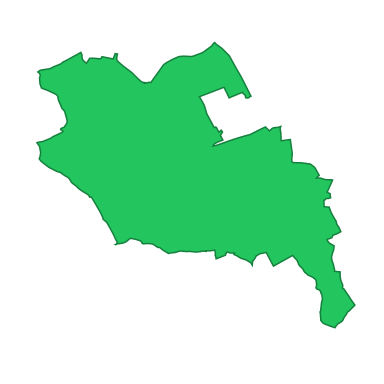 Viisoara, Bihor, Romania (Robinson projection), rotated 353°
{"feature_id": "2599482B21009724792722", "entity_name": "Viisoara", "entity_type": "district", "adm_level": 2, "iso_a3": "ROU", "parent_name": "Romania", "parent_adm1": "Bihor", "projection": "robinson", "projection_center": [22.454, 47.387], "detail": "fine", "context": "isolated", "style": "filled", "palette": "green", "viewbox_px": 384, "rotation_deg": 353, "n_neighbors": 0, "source": "geoboundaries", "source_scale": "gbopen_adm2", "svg_char_len": 5953}
<svg xmlns="http://www.w3.org/2000/svg" viewBox="0 0 384 384"><g transform="rotate(353 192 192)"><path d="M339.9,324.1L336.4,317.7L335.2,314.9L333.4,311.5L331.4,307.6L330.9,306.6L329.6,305.8L330.3,303.0L329.5,299.9L329.0,298.2L328.8,295.3L328.8,293.5L329.3,289.3L327.3,288.9L323.9,288.1L324.0,286.0L323.3,280.0L322.6,277.4L322.5,273.5L324.2,269.4L325.5,266.8L326.5,262.7L324.8,261.5L323.0,260.2L322.5,259.8L321.5,258.6L320.9,257.6L320.5,256.6L320.2,256.0L320.5,255.3L322.8,255.1L325.2,254.4L326.6,252.1L329.9,251.4L332.5,250.5L334.9,249.5L333.5,244.9L332.6,243.2L331.8,241.8L331.6,240.0L331.5,238.5L330.2,235.8L328.8,232.5L327.7,229.6L326.2,223.6L324.6,223.4L322.7,223.0L321.3,222.6L321.9,216.3L323.0,216.1L323.6,215.4L324.1,214.9L324.8,214.9L326.6,215.1L328.9,214.6L328.8,212.2L328.9,210.5L326.1,208.7L333.0,197.3L331.9,196.8L329.7,196.6L327.1,196.2L325.2,195.7L321.4,193.9L317.2,193.3L318.7,192.0L320.3,191.0L318.1,185.7L316.8,182.5L312.9,178.7L304.4,176.4L299.6,175.7L295.5,175.1L294.8,173.6L295.1,171.1L296.2,166.4L296.0,151.9L286.7,152.0L286.7,151.1L286.9,150.0L287.0,149.5L287.1,148.8L287.1,148.0L287.1,147.2L287.1,146.7L287.2,146.0L287.3,145.6L287.4,144.9L287.4,144.2L287.3,143.2L287.2,142.5L287.2,140.8L287.3,139.8L287.6,138.8L287.7,138.5L287.9,138.2L288.1,137.8L284.9,138.4L283.9,138.3L282.9,138.2L282.1,138.2L281.1,138.2L280.4,138.3L279.6,138.6L278.9,138.9L277.9,139.7L276.3,140.8L273.6,137.4L272.9,136.4L271.5,136.8L268.9,137.7L266.5,138.5L264.2,139.3L262.2,140.1L260.7,140.6L259.0,141.2L257.2,141.9L255.7,142.2L253.3,142.5L251.2,142.8L245.9,143.7L243.6,144.1L242.0,144.4L240.0,144.8L235.9,145.6L233.7,146.1L231.1,146.7L229.1,147.1L227.6,147.4L226.1,147.8L224.5,148.1L221.8,148.7L220.7,148.8L220.1,148.8L219.5,148.9L218.9,149.0L218.4,149.0L219.3,147.8L220.4,146.8L223.5,145.6L229.0,144.2L227.9,141.4L227.1,139.2L228.3,137.8L229.6,136.3L229.4,135.9L229.0,135.3L228.8,134.7L228.7,134.3L228.2,134.4L227.4,135.1L226.4,135.8L226.1,135.9L224.7,132.7L224.1,130.9L223.7,130.6L223.2,130.4L221.9,130.8L219.0,123.3L216.2,116.2L215.6,112.4L215.1,109.1L214.5,106.8L213.5,104.2L212.7,102.3L211.0,98.3L223.5,95.2L236.4,92.0L237.0,93.0L237.2,93.9L237.3,94.4L237.8,95.7L238.8,98.4L239.6,100.8L240.3,103.1L245.9,101.5L254.2,99.2L254.3,99.6L254.7,100.5L255.5,101.2L256.1,101.8L256.5,102.7L256.7,103.8L256.8,105.0L257.3,105.3L258.3,105.4L259.5,105.4L260.1,105.3L260.5,104.9L261.0,104.3L262.2,104.1L255.0,84.0L251.7,76.4L245.6,61.3L240.4,54.6L238.7,52.6L235.7,49.8L234.2,48.5L233.3,47.2L232.7,46.4L231.7,47.0L230.4,48.2L229.8,49.2L228.0,50.2L221.5,53.9L219.3,55.0L211.8,56.8L208.5,57.5L207.3,57.4L203.0,56.6L199.8,56.1L197.8,56.1L196.2,55.9L193.2,56.6L188.5,58.1L182.5,60.5L179.4,62.1L174.3,67.7L164.4,78.4L163.5,78.0L162.0,77.9L160.0,78.1L158.1,78.5L157.9,78.5L158.0,78.1L158.3,77.6L157.0,77.3L156.1,76.9L155.3,76.4L154.4,75.5L153.5,74.4L152.2,73.1L150.7,71.0L149.4,69.5L148.2,67.9L146.9,66.2L142.7,62.1L138.7,58.2L134.8,53.9L133.6,52.2L133.4,50.6L134.8,45.9L133.9,45.7L132.6,45.3L131.9,46.8L129.9,50.3L124.7,48.6L119.2,46.7L117.6,48.7L110.3,47.2L106.8,46.8L103.0,51.3L102.4,51.0L101.0,49.2L100.0,48.0L99.5,46.9L99.2,45.1L99.5,42.4L98.7,39.9L83.3,46.1L79.7,47.3L77.6,48.8L73.6,49.9L70.4,50.7L66.1,52.2L64.6,52.4L62.1,52.4L56.9,52.6L56.0,52.8L55.7,52.9L54.0,53.8L53.6,54.1L55.1,55.6L55.5,56.9L55.5,58.3L54.6,60.0L54.3,66.2L55.3,70.5L61.5,73.8L67.2,77.4L69.5,79.0L70.4,80.6L70.6,84.4L73.1,93.0L75.4,96.4L76.7,105.1L76.6,107.6L75.5,109.2L72.9,112.2L70.9,112.6L69.7,113.1L69.3,113.6L69.3,114.2L70.3,114.9L71.3,115.7L71.2,116.3L70.3,117.0L61.7,119.8L57.4,121.7L49.9,123.7L45.1,123.9L44.1,124.2L46.2,128.1L46.6,134.4L45.6,138.0L44.4,140.5L45.7,142.8L50.3,147.5L53.2,150.3L60.5,155.2L63.3,156.4L64.3,157.1L64.7,157.0L64.9,157.6L65.5,158.3L68.3,160.7L69.7,161.6L71.1,163.0L72.0,164.3L72.9,166.1L73.2,167.1L73.7,167.9L74.6,169.0L77.8,172.0L79.8,174.6L81.6,176.4L83.5,178.1L87.6,181.2L89.2,182.9L89.8,184.7L91.5,184.7L95.0,192.6L98.3,200.4L100.5,206.9L100.4,208.1L103.7,211.8L106.3,218.0L109.0,225.0L110.7,230.4L111.5,231.9L111.4,233.3L111.2,234.0L110.5,234.6L109.6,234.8L109.9,235.0L111.4,234.4L114.8,234.4L117.8,234.2L120.4,233.4L125.1,230.5L127.0,231.0L130.6,232.2L134.8,234.2L135.7,235.1L136.4,236.5L136.2,236.7L136.4,237.0L137.1,237.4L138.3,237.6L141.0,237.6L145.5,238.5L147.3,239.3L151.3,242.9L153.1,243.1L155.8,245.9L161.1,250.1L162.2,250.1L163.0,249.9L165.0,249.9L168.1,250.0L170.5,249.5L172.5,249.2L173.6,249.2L175.6,249.7L180.2,250.6L182.0,250.6L188.7,252.1L193.3,252.2L194.6,252.0L196.0,252.0L199.0,252.7L199.1,252.1L202.6,252.6L207.4,252.5L207.8,255.5L207.3,257.5L207.7,259.2L207.8,261.3L217.5,258.8L217.9,257.6L218.5,257.3L218.8,256.4L218.8,256.1L219.6,255.9L220.8,256.2L221.4,256.9L222.8,257.2L226.8,257.8L226.0,259.1L228.4,260.5L232.4,263.7L237.8,266.2L239.7,267.9L241.6,269.1L242.3,270.7L242.9,272.0L243.7,268.3L246.1,265.8L246.6,265.3L247.8,263.4L251.7,261.6L258.3,261.1L263.8,275.5L284.0,267.3L284.4,267.6L285.1,268.8L287.0,271.3L287.4,272.0L287.8,272.6L288.3,273.5L288.5,274.7L288.9,275.8L288.9,276.5L289.3,277.3L290.0,278.6L290.3,279.0L291.2,280.0L292.2,281.3L293.0,282.7L293.2,283.5L293.6,284.5L294.2,285.5L294.9,286.2L296.3,287.6L297.3,288.9L297.9,289.1L299.9,290.3L300.9,291.0L301.6,291.5L302.7,292.6L303.2,293.1L303.9,293.9L304.5,295.2L304.3,296.4L304.4,296.9L304.5,297.4L304.4,298.4L304.3,298.8L304.4,299.2L304.3,299.4L304.3,300.1L304.1,300.5L304.0,300.9L303.4,301.7L303.6,302.8L304.3,303.7L305.6,304.1L306.4,304.8L307.4,306.1L307.7,306.8L307.6,307.0L307.5,307.5L308.2,309.5L308.4,310.3L308.4,314.3L306.9,318.1L306.8,318.8L305.9,322.6L305.4,324.5L305.3,325.5L304.4,326.8L304.6,327.8L304.4,331.0L304.4,332.3L304.2,335.3L304.9,336.3L306.3,338.3L308.6,339.8L310.5,340.6L312.2,341.7L317.4,344.1L318.6,342.6L319.8,341.5L321.1,340.4L322.6,339.9L324.1,339.2L325.8,338.0L326.4,337.2L326.8,336.4L328.1,334.6L329.8,332.8L330.8,331.7L331.3,330.7L331.7,330.1L333.2,329.4L337.8,325.8L339.9,324.1Z" fill="#22c55e" stroke="#15803d" stroke-width="1.5"/></g></svg>